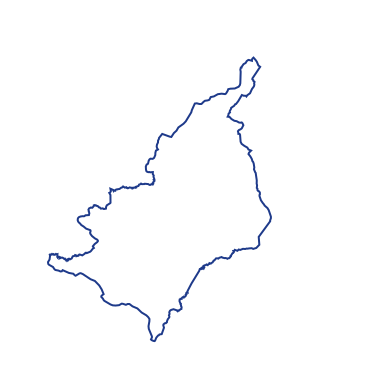 outline of Sucua, Morona Santiago, Ecuador, rotated 123°
{"feature_id": "8360857B23495862214977", "entity_name": "Sucua", "entity_type": "district", "adm_level": 2, "iso_a3": "ECU", "parent_name": "Ecuador", "parent_adm1": "Morona Santiago", "projection": "mercator", "projection_center": [-78.202, -2.485], "detail": "fine", "context": "isolated", "style": "outline", "palette": "blue", "viewbox_px": 384, "rotation_deg": 123, "n_neighbors": 0, "source": "geoboundaries", "source_scale": "gbopen_adm2", "svg_char_len": 6104}
<svg xmlns="http://www.w3.org/2000/svg" viewBox="0 0 384 384"><g transform="rotate(123 192 192)"><path d="M45.8,213.6L46.9,213.9L48.3,213.9L49.3,213.2L50.3,216.3L50.6,216.7L52.4,217.4L54.6,217.3L56.7,218.4L59.7,218.5L60.7,218.2L61.1,218.8L63.1,218.1L64.6,216.7L74.5,210.7L76.2,210.1L78.3,210.2L81.9,212.5L84.4,216.0L86.0,217.6L87.8,217.2L90.9,217.1L91.9,217.6L93.4,220.7L95.9,223.6L99.9,225.7L102.2,228.0L105.2,227.7L106.6,228.7L108.4,230.8L110.0,231.4L113.0,232.0L114.2,233.8L115.0,236.3L116.3,237.8L123.5,236.7L125.6,236.0L136.2,235.7L139.4,236.3L145.3,238.6L149.0,238.4L152.5,239.3L157.1,239.3L157.7,240.8L159.5,248.6L164.7,249.1L165.7,248.6L167.3,248.5L169.0,247.5L171.3,247.2L173.1,246.4L174.2,245.2L174.9,243.7L176.9,244.8L179.0,244.1L181.0,242.9L184.0,242.4L185.6,243.0L186.7,245.0L187.7,245.4L189.2,245.4L192.2,244.3L193.7,245.0L195.8,244.6L198.4,242.7L199.4,241.5L199.5,240.9L199.2,239.5L198.4,238.5L198.3,237.8L196.6,235.7L198.4,234.6L199.0,233.1L200.2,232.6L201.8,230.5L202.5,230.7L202.5,230.0L203.1,229.5L204.4,229.9L206.1,229.0L206.9,229.0L206.7,229.7L207.2,229.6L207.6,230.4L208.5,230.6L209.2,231.5L209.2,233.0L210.8,236.1L211.3,236.3L212.7,238.3L212.7,239.3L213.4,239.4L214.6,240.4L216.1,240.2L218.1,241.8L218.7,241.3L219.4,241.9L219.3,242.4L220.1,243.3L221.4,243.7L221.5,243.9L220.9,244.1L220.9,244.3L221.7,245.5L222.0,246.7L223.8,247.8L223.7,248.4L224.1,248.9L223.8,249.8L224.9,250.6L224.9,252.8L226.0,252.9L226.7,253.6L229.0,254.5L230.1,255.8L230.7,256.2L231.0,256.8L232.1,257.4L232.7,257.1L233.1,258.1L233.9,258.2L233.2,259.3L233.7,262.2L235.5,260.5L237.0,260.4L237.8,260.9L238.9,258.8L245.4,254.5L245.9,254.5L249.6,256.2L251.4,255.9L252.8,255.1L254.0,256.3L254.4,257.0L254.3,257.9L255.6,259.4L255.2,260.9L255.6,261.9L255.2,262.7L255.2,263.7L255.7,264.7L255.5,265.5L255.9,265.8L256.1,266.7L256.7,267.1L257.3,266.7L259.4,267.0L259.7,267.2L260.0,268.3L261.9,269.4L263.3,269.2L264.2,268.1L264.7,267.9L264.9,267.4L265.8,266.5L267.5,265.9L269.6,268.7L270.7,269.0L271.2,269.4L271.9,270.6L273.2,272.1L274.6,273.1L275.5,273.3L276.3,273.3L277.8,272.6L278.8,271.4L279.2,270.2L279.4,268.7L280.0,266.9L280.0,264.0L280.4,260.8L279.4,256.5L279.9,255.8L281.8,255.2L282.6,254.1L283.4,251.9L283.8,248.1L283.6,245.5L284.0,244.5L284.3,244.2L285.6,244.2L288.7,245.3L291.5,245.6L292.4,243.8L293.4,244.3L296.6,244.6L297.6,244.9L300.6,247.0L300.6,247.8L301.0,248.2L302.3,248.4L304.9,249.5L305.6,252.2L306.1,252.6L307.2,252.5L307.9,253.0L307.9,253.7L308.8,254.1L308.3,254.9L308.5,255.7L309.5,255.7L310.9,257.0L313.3,256.7L314.9,257.6L314.8,258.6L315.2,259.1L315.8,259.2L316.4,258.7L317.1,258.8L316.5,259.9L317.3,260.4L317.9,260.3L317.2,262.0L317.7,262.1L317.8,262.5L317.5,263.3L317.6,264.9L318.2,265.8L319.5,266.7L318.5,266.9L318.7,268.1L320.0,268.7L319.5,269.1L319.9,269.4L319.8,269.7L317.4,271.0L317.9,271.4L318.0,272.4L319.3,272.8L319.5,274.1L319.9,274.0L320.0,274.7L320.3,274.9L320.2,275.7L321.4,276.0L321.6,277.0L322.0,277.2L322.8,276.3L326.2,274.7L329.2,274.6L330.6,273.4L330.9,272.4L330.6,267.7L331.6,265.5L331.8,264.1L330.6,261.1L330.3,259.1L329.4,258.0L328.0,257.9L326.9,251.1L325.2,247.0L325.7,245.0L325.6,244.0L321.5,242.0L320.7,241.1L320.3,238.9L320.4,229.6L319.5,225.0L320.9,218.9L322.9,214.7L325.8,210.5L328.1,211.3L328.8,211.3L329.4,210.9L329.9,208.8L330.9,206.9L331.0,206.0L330.7,199.0L330.2,196.7L328.8,194.2L326.6,191.5L324.0,190.2L323.5,189.3L322.6,186.0L320.9,184.9L320.0,183.4L320.3,179.6L319.4,174.4L320.5,168.6L320.3,163.1L320.8,160.5L321.7,158.5L323.7,157.3L328.2,155.4L330.3,153.7L334.9,147.0L335.8,146.4L338.0,146.1L338.2,145.2L337.9,143.3L337.5,142.3L336.9,142.0L333.6,142.6L330.9,142.3L330.2,141.8L329.2,141.7L327.7,140.0L321.1,141.6L319.4,143.5L318.6,143.8L317.4,143.5L316.6,143.1L316.3,142.5L314.9,142.1L314.3,142.5L312.0,143.0L309.5,142.8L308.7,143.2L308.0,144.2L306.5,144.4L305.2,145.6L303.5,145.8L302.3,145.3L300.4,143.7L299.6,140.7L299.8,139.1L298.8,139.1L298.7,138.4L296.4,137.7L295.9,137.2L294.2,138.0L293.8,138.9L292.8,139.6L292.5,140.4L291.7,140.6L291.7,141.2L290.3,143.1L288.9,143.8L288.4,143.4L287.9,143.5L287.3,142.5L286.8,142.8L285.4,142.6L285.1,141.5L284.3,141.7L284.3,141.4L283.7,140.9L282.5,140.7L281.8,141.3L281.3,140.9L280.8,140.9L280.5,141.5L279.9,141.8L279.3,141.7L278.8,140.8L277.9,141.7L276.4,141.9L268.9,142.6L254.2,143.0L252.4,143.5L251.9,142.7L251.6,143.0L251.1,142.9L250.8,141.9L250.0,142.4L249.6,141.9L249.9,140.5L249.0,140.6L249.2,141.1L249.1,141.3L247.9,141.5L248.3,142.1L247.8,142.2L246.6,141.5L246.0,140.7L244.9,140.4L244.8,139.0L243.7,138.9L243.1,138.4L242.2,138.6L242.1,137.7L241.8,137.2L241.2,137.2L239.8,136.4L237.7,136.5L237.3,136.0L234.6,135.7L233.9,134.8L233.5,133.6L232.3,133.3L230.4,131.7L230.5,130.9L229.7,128.6L229.2,128.1L228.8,127.0L228.7,125.9L227.8,125.5L227.3,124.8L225.9,124.4L225.0,124.8L224.6,124.4L224.0,124.7L221.2,124.7L220.8,124.3L219.6,124.2L218.9,125.2L218.4,124.5L217.2,124.6L216.6,121.9L214.8,121.5L214.3,120.0L211.9,118.3L210.8,116.3L209.7,115.4L209.3,114.6L208.1,113.3L206.6,111.3L206.4,109.7L203.9,107.6L199.6,106.8L193.3,111.6L174.0,110.5L173.3,111.0L170.9,111.6L169.6,112.5L165.5,117.7L164.4,119.9L163.8,123.9L163.3,124.6L162.7,126.6L161.4,129.7L158.7,133.1L157.7,133.8L156.9,133.8L155.4,134.9L154.9,136.5L155.1,137.1L154.7,138.2L153.6,138.9L153.3,139.9L150.9,141.1L149.8,142.3L147.0,144.0L141.3,149.0L141.0,149.8L139.2,152.4L137.5,153.1L134.6,155.7L133.5,157.1L133.3,158.0L131.7,159.9L130.4,162.4L129.4,165.3L127.9,165.6L125.1,165.0L125.6,167.8L124.6,169.8L124.8,173.1L124.6,176.6L123.4,178.6L117.9,182.8L117.4,183.7L118.0,184.8L117.2,185.3L116.0,186.6L114.5,186.4L112.9,185.4L111.5,184.9L108.0,185.3L106.8,187.2L106.6,188.2L107.2,188.7L108.1,190.3L108.3,193.1L109.2,195.3L109.3,198.7L108.6,201.4L109.4,203.1L107.9,203.3L106.3,204.0L104.6,203.5L104.3,204.0L103.5,204.4L100.9,204.6L100.1,205.0L96.7,203.6L94.9,203.6L94.2,203.0L90.7,202.7L83.5,203.0L83.1,201.1L81.9,199.1L82.2,198.4L80.6,198.3L77.6,197.1L73.0,197.8L69.8,197.6L68.1,198.1L67.0,199.1L65.6,199.5L65.5,200.9L64.9,201.3L64.6,202.8L63.8,203.2L49.9,203.0L49.7,205.3L47.5,208.5L46.7,210.4L45.8,213.6Z" fill="none" stroke="#1e3a8a" stroke-width="2"/></g></svg>